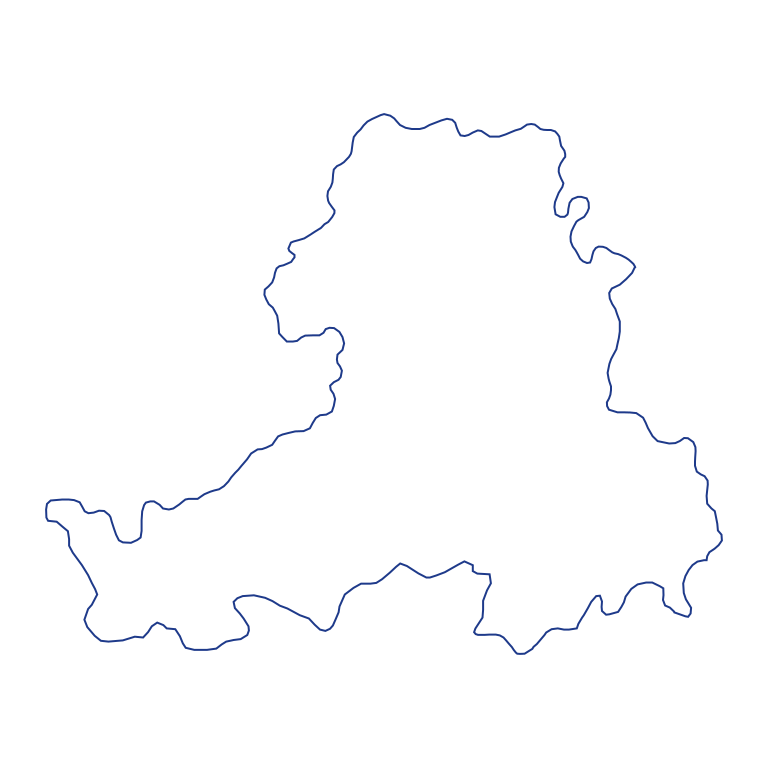 the district of Chashniki, Vitebsk, Belarus
{"feature_id": "67162791B63587233546026", "entity_name": "Chashniki", "entity_type": "district", "adm_level": 2, "iso_a3": "BLR", "parent_name": "Belarus", "parent_adm1": "Vitebsk", "projection": "mercator", "projection_center": [29.143, 54.768], "detail": "fine", "context": "isolated", "style": "outline", "palette": "blue", "viewbox_px": 768, "rotation_deg": 0, "n_neighbors": 0, "source": "geoboundaries", "source_scale": "gbopen_adm2", "svg_char_len": 6073}
<svg xmlns="http://www.w3.org/2000/svg" viewBox="0 0 768 768"><path d="M384.5,114.2L384.1,114.1L380.7,115.1L372.1,119.0L367.4,121.6L363.6,125.4L360.6,129.4L357.2,132.6L353.8,137.0L352.7,142.5L352.1,147.2L351.6,151.2L350.9,153.8L349.0,156.9L343.9,162.2L340.6,164.4L337.0,166.1L333.8,169.5L333.1,174.2L332.8,178.8L332.4,182.5L330.8,186.8L328.0,191.3L327.4,196.0L328.1,200.6L329.1,203.0L331.8,206.8L334.5,210.4L334.4,213.1L332.2,217.0L328.2,222.0L324.5,224.2L321.0,227.9L314.7,231.8L309.8,235.0L304.3,238.4L298.7,240.1L293.5,241.5L290.9,242.6L288.4,248.5L289.3,250.9L291.9,253.0L294.5,254.9L294.5,257.4L293.1,259.1L291.2,261.9L287.2,263.7L283.4,265.3L279.4,266.2L276.6,268.4L275.0,272.8L274.1,277.4L272.2,282.4L268.5,286.4L264.8,289.6L264.4,294.8L266.3,299.5L268.8,304.2L272.8,307.6L274.7,311.0L277.2,315.7L278.4,323.5L278.8,329.1L279.1,333.4L282.2,336.8L286.8,341.5L293.1,341.5L297.1,340.9L301.2,337.5L305.2,335.6L314.2,335.3L319.5,335.3L323.5,332.8L325.7,329.1L329.5,327.8L334.1,328.1L339.4,331.9L342.5,337.1L344.1,343.4L342.5,349.9L337.5,354.6L336.9,359.5L337.5,363.0L340.0,366.4L341.9,370.7L340.7,377.0L338.5,379.8L333.8,382.2L330.1,385.7L330.7,389.7L333.5,393.8L335.1,399.0L333.8,405.9L331.9,411.5L326.3,414.6L320.1,415.2L315.8,418.0L312.7,423.0L309.9,428.3L303.6,431.1L295.2,431.4L288.4,433.0L282.5,434.5L278.1,436.4L275.0,440.7L272.2,444.8L266.3,447.6L262.0,449.1L257.6,449.4L251.1,453.5L247.0,459.4L241.4,465.9L238.3,469.7L235.2,472.8L231.2,477.4L228.4,481.5L224.0,486.1L219.0,489.3L214.1,490.5L210.3,491.7L204.4,494.2L201.6,496.1L197.6,498.9L192.9,498.9L188.5,498.9L185.4,499.5L182.6,501.7L179.2,504.5L173.3,508.5L168.9,509.5L163.0,508.5L159.6,504.8L154.0,501.4L150.3,501.4L145.9,502.6L144.1,505.1L142.2,511.3L141.6,520.0L141.6,526.0L141.6,530.9L140.6,537.5L137.2,540.0L131.0,542.8L122.9,542.4L118.9,540.3L116.1,534.7L113.9,528.4L111.7,521.6L110.5,517.2L109.2,515.1L104.2,511.0L99.0,510.7L93.7,512.6L88.4,513.2L84.7,511.3L82.2,506.7L79.7,502.3L74.1,500.1L68.5,499.5L62.6,499.5L50.7,500.5L47.0,503.9L46.1,509.5L46.4,517.6L48.1,520.8L56.7,521.7L62.5,526.7L67.9,531.2L69.1,539.1L69.1,545.7L72.8,552.7L81.9,565.1L88.1,575.1L91.8,582.9L95.1,589.1L97.2,594.5L91.8,604.8L88.1,609.0L84.4,619.7L87.3,627.1L94.7,635.8L100.9,640.8L108.4,641.6L122.8,640.4L134.8,636.7L143.1,637.5L148.1,632.1L151.8,626.3L157.2,622.6L163.4,625.1L166.7,628.4L175.3,629.2L179.9,636.2L182.8,643.3L185.7,647.8L194.4,649.9L206.8,649.9L216.3,648.6L221.6,644.5L226.2,641.6L231.4,640.5L233.6,640.0L240.7,639.1L247.3,635.0L248.9,630.5L248.5,626.3L243.6,618.5L239.8,613.5L234.9,608.1L233.6,601.9L237.4,598.2L242.7,596.1L253.9,595.3L265.1,597.8L272.5,601.1L279.9,605.7L287.4,608.5L299.8,615.2L308.9,618.5L314.7,624.7L320.0,629.6L325.4,630.9L330.0,628.8L332.9,625.5L335.8,618.9L338.6,612.3L339.5,606.5L344.8,594.5L353.5,587.9L361.0,583.7L370.1,583.7L376.3,582.9L382.1,579.2L389.9,572.6L396.1,566.8L400.2,563.5L406.9,566.0L418.4,573.4L426.3,577.5L430.0,577.5L436.2,575.5L444.9,572.2L450.7,568.9L458.1,564.7L464.4,561.4L472.8,565.2L472.8,571.1L477.3,573.6L489.6,574.3L490.9,583.3L487.0,590.4L483.1,600.8L483.1,609.8L482.5,617.6L475.4,628.5L474.1,632.2L475.7,634.1L478.1,634.9L484.2,634.9L489.2,634.6L495.8,634.6L499.8,635.4L503.5,637.5L506.1,640.4L508.8,643.6L511.9,647.1L513.8,650.0L515.9,652.6L517.2,653.7L519.9,653.9L524.6,653.7L529.7,650.5L532.3,648.9L533.6,646.8L536.8,644.1L544.5,635.0L546.2,632.5L551.6,629.2L557.8,628.4L564.0,629.6L568.9,629.6L576.8,628.4L578.4,623.8L582.1,617.6L583.8,615.2L587.9,608.1L591.2,601.9L596.2,596.1L599.9,595.7L602.0,601.5L601.6,606.9L602.0,611.0L606.1,614.7L609.4,614.3L618.1,611.9L621.4,606.9L623.9,602.3L625.6,596.6L631.3,588.9L637.6,584.4L646.3,582.5L652.2,582.5L659.8,586.2L663.3,588.3L663.5,595.2L663.0,600.0L665.1,605.5L669.9,607.6L674.1,611.6L674.3,612.4L685.4,616.3L688.1,616.8L690.6,613.5L691.1,607.8L685.9,599.3L683.8,593.0L683.2,583.4L685.4,576.1L688.7,570.0L692.5,565.1L697.4,561.6L704.0,560.2L706.6,560.2L707.2,556.2L709.4,552.2L714.6,548.7L718.7,545.1L721.9,540.5L721.5,534.7L717.9,530.5L717.3,523.8L716.1,517.6L714.8,511.2L711.4,508.4L707.2,503.7L706.6,495.9L707.2,490.1L707.8,484.5L707.6,480.6L704.6,476.2L700.8,474.4L696.8,471.6L695.0,465.8L695.0,461.5L695.2,457.3L695.6,451.1L695.4,447.1L693.3,442.1L687.9,438.2L684.1,438.0L679.9,441.0L675.3,443.1L669.2,443.5L662.4,442.1L657.6,441.1L652.6,436.2L647.9,428.0L645.7,422.8L643.1,417.7L636.3,413.1L630.1,412.5L623.0,412.3L617.4,412.3L609.0,409.7L607.1,406.1L606.9,402.3L609.0,398.5L610.4,394.6L611.0,390.2L611.0,386.4L609.4,381.6L608.6,378.6L607.6,372.9L609.4,363.9L611.2,358.9L613.0,355.5L616.4,349.2L617.4,344.4L618.8,338.2L619.8,331.5L619.8,325.7L619.8,321.5L617.0,313.9L615.4,309.0L612.2,304.0L609.8,298.6L609.2,293.0L611.8,288.5L619.8,284.7L626.2,279.1L632.1,272.9L634.5,267.9L635.2,267.2L634.8,266.3L633.4,263.9L630.8,261.5L628.6,259.6L625.9,257.8L621.5,255.5L618.2,254.1L614.5,253.3L612.2,252.3L608.9,249.9L606.4,248.0L602.9,246.8L598.6,246.6L595.8,248.0L593.5,251.3L592.4,255.0L591.5,259.1L590.1,262.5L587.0,263.0L583.1,261.4L580.1,258.7L578.2,255.0L576.6,252.1L575.3,249.9L573.0,246.9L572.4,245.7L570.8,241.6L570.5,236.7L571.5,231.4L574.0,226.1L576.4,221.7L578.3,220.2L584.2,216.8L587.3,212.1L588.9,208.1L588.6,202.5L586.7,198.4L581.4,196.9L577.7,196.9L572.4,199.0L569.6,202.8L568.4,208.7L568.0,212.7L567.4,214.6L564.6,216.8L560.3,216.8L555.6,214.3L554.4,207.1L555.0,202.1L557.2,196.5L558.7,192.8L562.4,186.9L563.4,183.2L561.1,178.6L559.7,175.2L558.7,171.8L558.9,167.8L560.7,163.4L563.7,158.7L565.2,156.9L565.2,154.1L564.4,150.7L561.1,145.9L559.9,140.1L559.3,136.6L557.3,133.8L555.1,131.4L550.9,130.0L547.1,130.0L543.7,129.8L540.4,129.0L538.0,127.0L534.8,124.6L531.2,124.0L527.0,124.6L525.0,126.0L520.8,128.8L515.3,130.4L510.9,132.2L505.7,134.4L499.1,136.6L489.8,136.6L484.4,133.0L481.4,131.0L477.8,130.4L472.7,132.6L468.5,135.0L464.7,136.0L460.5,135.4L458.3,131.6L456.7,127.6L455.2,122.8L452.2,119.8L447.0,118.8L441.4,120.4L429.5,125.0L424.5,127.8L419.7,129.0L411.8,129.0L405.6,127.8L400.0,125.0L396.4,121.0L394.2,118.4L390.3,115.7L384.5,114.2Z" fill="none" stroke="#1e3a8a" stroke-width="2"/></svg>